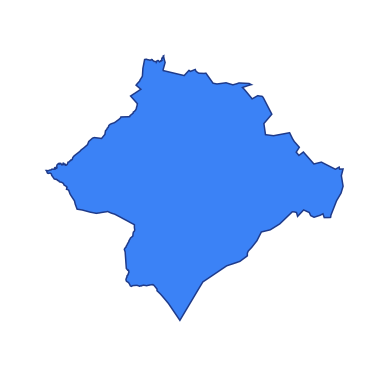 the district of Totontepec Villa de Morelos, Oaxaca, Mexico, rotated 11°
{"feature_id": "50627088B98422616932884", "entity_name": "Totontepec Villa de Morelos", "entity_type": "district", "adm_level": 2, "iso_a3": "MEX", "parent_name": "Mexico", "parent_adm1": "Oaxaca", "projection": "natural_earth1", "projection_center": [-96.062, 17.236], "detail": "fine", "context": "isolated", "style": "filled", "palette": "blue", "viewbox_px": 384, "rotation_deg": 11, "n_neighbors": 0, "source": "geoboundaries", "source_scale": "gbopen_adm2", "svg_char_len": 4557}
<svg xmlns="http://www.w3.org/2000/svg" viewBox="0 0 384 384"><g transform="rotate(11 192 192)"><path d="M229.7,75.3L227.3,74.6L217.3,76.0L215.3,77.2L211.7,79.0L204.6,78.3L195.9,81.2L194.5,81.2L191.9,81.2L183.0,72.7L181.2,73.3L175.9,74.1L173.6,73.1L172.7,72.5L171.8,71.1L167.3,74.0L166.4,73.3L165.8,73.2L162.1,79.2L140.6,78.3L140.5,78.1L140.3,77.6L140.9,70.0L139.5,67.3L138.7,65.4L138.2,64.1L138.2,63.7L137.8,64.0L138.0,64.6L138.2,65.7L137.9,65.5L137.6,66.0L137.2,65.8L136.9,66.8L137.1,67.9L137.1,68.2L137.3,68.4L136.6,68.8L136.9,69.1L135.8,70.0L135.2,70.2L135.1,70.4L134.2,69.6L133.9,69.4L133.3,69.5L132.7,69.8L132.2,71.3L132.0,70.8L131.5,71.0L130.6,70.9L129.9,71.1L129.3,70.7L128.3,70.3L127.6,70.0L127.6,69.7L127.1,69.8L127.0,69.7L126.4,70.2L125.9,70.5L125.7,70.8L124.6,70.5L124.2,70.5L123.6,70.6L123.1,70.5L122.7,70.6L122.2,70.4L121.5,70.4L121.0,70.8L120.2,71.0L120.2,79.9L121.2,87.8L120.6,89.5L119.6,92.0L119.5,93.0L117.7,95.9L116.7,97.8L122.2,100.9L113.4,109.5L121.6,115.8L121.5,116.7L121.6,118.1L121.4,119.3L121.4,120.5L121.4,121.0L121.0,122.3L120.0,124.0L119.2,124.6L119.1,125.2L119.2,125.8L118.5,126.6L117.8,127.5L116.6,128.8L116.5,129.9L115.0,130.3L107.9,131.9L107.8,132.7L107.1,133.8L106.3,134.8L104.9,136.3L103.6,137.8L102.4,138.9L100.1,140.2L98.9,141.0L97.7,142.5L97.4,144.6L96.6,145.6L96.4,146.9L95.4,148.3L95.5,152.1L93.0,156.7L85.7,157.2L84.1,158.1L81.0,162.1L80.4,165.5L77.2,169.6L75.1,171.9L74.2,173.5L69.6,178.8L69.1,179.5L68.4,181.0L68.2,182.9L67.7,183.5L67.2,183.5L66.9,183.8L66.9,184.3L66.1,184.9L65.6,185.9L64.6,186.4L64.4,188.4L63.6,189.6L62.6,189.9L62.4,189.0L61.7,188.8L61.0,189.4L60.4,188.2L59.9,188.4L60.0,189.2L59.7,189.8L59.3,190.2L58.9,190.2L57.8,189.0L57.4,189.0L57.4,189.3L56.5,189.9L56.2,189.9L55.9,189.3L55.1,190.0L54.3,191.3L54.3,192.6L54.8,193.9L54.6,194.6L54.0,194.7L53.0,194.0L52.5,194.5L52.6,195.0L53.0,195.8L51.7,196.0L51.1,196.2L50.7,196.2L50.1,196.3L49.4,197.2L47.8,197.8L46.8,198.6L45.2,198.6L44.8,198.7L45.5,199.3L45.9,200.2L46.5,201.0L47.3,201.2L48.2,200.8L49.1,200.5L50.1,200.8L50.8,201.6L51.0,202.3L51.6,202.9L53.0,204.2L54.3,205.5L54.9,205.5L55.4,205.6L56.5,205.4L57.6,205.9L57.7,206.3L58.1,206.3L58.6,206.4L59.0,206.3L59.6,207.1L60.5,207.4L61.8,207.3L63.3,207.7L64.4,208.5L65.1,209.6L67.2,210.3L67.8,210.9L68.4,211.1L68.3,213.3L69.6,213.4L70.6,213.8L71.7,215.6L72.5,217.0L73.8,218.5L77.3,222.1L78.3,223.1L79.7,226.2L82.5,230.8L84.8,230.7L87.6,230.6L91.7,230.9L95.9,231.2L98.3,231.2L100.7,231.2L102.2,231.2L103.0,230.9L103.8,230.6L104.8,230.3L105.8,229.9L106.2,229.7L107.6,229.2L109.8,228.4L111.6,227.8L113.0,227.2L114.9,227.7L116.7,228.1L118.2,228.3L120.3,228.5L124.0,229.6L126.7,230.4L128.2,230.9L130.1,231.5L132.8,232.3L134.4,232.8L137.8,233.9L138.8,234.2L141.7,235.1L142.2,237.8L143.0,240.1L142.9,241.4L142.1,242.6L142.1,244.5L142.2,245.1L142.3,246.6L140.4,248.9L140.2,249.7L139.4,252.0L139.5,252.6L138.9,254.3L138.6,254.8L138.6,255.4L138.4,256.3L138.0,256.9L137.9,257.5L137.7,258.1L137.8,258.6L137.4,259.1L136.9,259.9L136.6,260.8L136.5,261.2L136.8,261.7L136.9,262.0L137.8,263.5L142.1,279.5L143.9,281.1L144.2,280.9L144.4,280.8L145.0,281.7L145.4,283.0L145.1,283.7L145.1,284.2L145.0,284.5L145.1,284.9L144.8,285.5L144.7,286.2L144.3,286.4L144.2,287.0L144.3,288.4L144.0,288.9L143.9,289.9L143.9,290.8L144.7,292.1L146.9,293.0L147.9,293.9L149.1,295.5L149.4,295.9L150.5,296.2L151.7,295.2L154.2,294.5L155.8,294.1L157.6,294.3L158.0,294.4L158.2,294.5L158.4,294.4L158.7,294.5L159.4,293.9L160.4,293.8L160.7,293.3L161.5,293.1L162.0,292.7L162.8,292.8L163.4,292.6L165.2,292.7L166.3,292.2L166.6,292.0L167.6,291.7L168.3,291.3L168.5,291.2L169.3,291.0L169.9,290.8L170.2,290.6L170.6,290.4L171.1,290.7L171.6,290.4L172.9,291.2L176.2,294.0L176.5,295.6L180.4,298.1L182.6,299.8L190.0,305.8L204.6,320.3L217.3,285.0L219.8,278.2L240.2,257.8L252.2,251.0L252.3,250.9L258.5,244.1L258.0,241.4L258.5,239.2L261.1,235.1L265.0,227.5L267.7,218.0L276.0,214.2L284.2,206.6L293.4,193.5L294.2,192.3L296.2,192.0L298.5,192.2L300.3,195.8L305.0,188.3L309.5,189.4L311.0,189.7L313.0,192.5L316.6,193.5L322.2,190.4L324.7,188.4L326.7,191.9L332.5,190.7L332.9,190.4L332.8,188.2L335.6,172.9L338.5,164.7L339.2,157.5L335.5,147.5L335.9,140.6L332.5,141.4L331.7,139.5L328.4,142.3L313.3,138.0L306.8,141.0L306.3,141.2L293.7,131.5L290.0,135.7L286.7,133.0L288.8,127.6L282.8,123.0L280.5,120.5L276.5,115.2L261.3,121.2L253.2,121.7L249.5,111.1L255.5,100.4L244.3,86.2L243.2,85.1L242.4,84.7L240.3,84.9L238.2,84.9L237.7,85.3L234.2,88.3L233.2,89.1L232.1,88.1L223.8,81.3L221.6,79.8L226.4,77.0L229.0,75.6L229.7,75.3Z" fill="#3b82f6" stroke="#1e3a8a" stroke-width="1.5"/></g></svg>